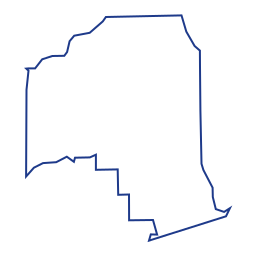 Putnam, Florida, United States of America
{"feature_id": "52423323B20904030146167", "entity_name": "Putnam", "entity_type": "district", "adm_level": 2, "iso_a3": "USA", "parent_name": "United States of America", "parent_adm1": "Florida", "projection": "equal_earth", "projection_center": [-81.769, 29.582], "detail": "fine", "context": "isolated", "style": "outline", "palette": "blue", "viewbox_px": 256, "rotation_deg": 0, "n_neighbors": 0, "source": "geoboundaries", "source_scale": "gbopen_adm2", "svg_char_len": 649}
<svg xmlns="http://www.w3.org/2000/svg" viewBox="0 0 256 256"><path d="M181.5,15.4L105.9,17.0L102.8,21.4L89.7,32.8L74.2,35.7L69.6,41.2L67.1,52.0L64.3,55.8L52.3,56.0L42.2,59.3L35.1,68.4L28.4,68.4L26.3,68.6L28.5,70.7L26.5,89.8L26.1,176.5L33.9,167.7L43.0,163.1L56.2,162.2L66.8,156.7L73.9,161.8L75.0,157.7L89.9,157.4L95.9,154.7L95.9,169.8L117.7,169.4L118.2,194.8L129.0,194.5L129.1,220.3L153.0,220.0L157.1,234.6L150.8,234.4L149.0,240.6L226.0,216.3L229.9,208.2L224.1,211.9L215.8,209.1L212.8,197.0L212.6,187.7L203.4,170.0L201.5,163.8L200.4,110.4L200.0,67.1L199.9,50.6L194.6,46.0L186.3,31.6L181.5,15.4Z" fill="none" stroke="#1e3a8a" stroke-width="2"/></svg>